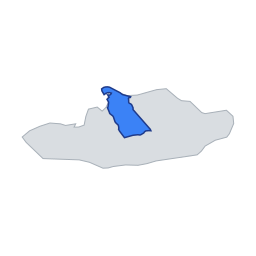 where Clarendon sits in Jamaica, rotated 163°
{"feature_id": "JAM-1370", "entity_name": "Clarendon", "entity_type": "Parish", "adm_level": 1, "iso_a3": "JAM", "parent_name": "Jamaica", "parent_adm1": "", "projection": "robinson", "projection_center": [-77.269, 17.954], "detail": "fine", "context": "in_parent", "style": "filled", "palette": "blue", "viewbox_px": 256, "rotation_deg": 163, "n_neighbors": 0, "source": "natural_earth", "source_scale": "10m", "svg_char_len": 1859}
<svg xmlns="http://www.w3.org/2000/svg" viewBox="0 0 256 256"><g transform="rotate(163 128 128)"><path d="M129.3,89.4L141.2,93.4L153.4,95.5L158.7,95.6L163.7,96.9L174.9,106.5L184.0,111.8L218.2,123.6L229.6,144.0L231.8,150.3L222.9,154.1L211.8,155.4L201.2,155.6L191.3,151.7L187.0,148.7L176.8,147.3L179.3,144.6L174.8,143.3L169.1,143.6L164.9,151.4L160.3,157.6L151.3,157.0L147.8,151.7L143.1,154.1L139.4,158.0L134.8,172.6L127.5,165.3L119.6,159.3L109.6,156.8L89.4,156.3L79.9,154.4L72.0,142.0L68.9,138.5L60.9,135.3L53.0,121.2L50.1,119.2L28.7,116.2L24.2,108.5L25.6,101.4L32.7,92.9L36.2,90.4L48.1,90.8L59.5,88.2L64.5,84.5L69.7,82.1L110.8,88.3L120.3,88.4L129.3,89.4Z" fill="#d9dde1" stroke="#a8b0b8" stroke-width="1"/><path d="M141.7,153.5L141.0,153.9L139.4,157.4L139.0,158.5L139.7,161.6L139.0,161.9L137.8,162.7L137.1,163.0L137.3,163.6L137.5,164.8L137.7,165.5L136.7,164.9L135.7,164.9L134.6,165.3L133.7,166.2L135.4,167.3L137.2,167.7L139.1,167.6L141.1,166.9L142.1,171.1L141.8,173.1L139.4,173.9L137.4,173.8L135.5,173.3L133.7,172.4L125.3,164.1L123.5,161.6L116.3,157.1L116.6,156.8L116.8,156.6L117.1,156.5L117.9,156.6L118.2,156.6L118.5,156.6L118.7,156.4L118.9,156.2L119.0,155.9L119.2,154.5L119.8,152.5L119.8,152.1L119.7,151.7L119.5,151.3L118.4,150.3L117.9,149.6L117.7,149.1L117.6,148.5L117.4,146.9L117.3,146.2L117.3,145.6L117.6,144.8L117.8,144.1L107.1,120.3L106.9,118.7L109.2,119.5L111.7,120.0L112.1,119.9L112.6,119.8L113.3,119.5L113.6,119.3L114.3,118.7L114.5,118.6L117.8,117.8L118.3,117.8L118.8,117.9L120.6,118.7L125.4,119.6L134.2,119.8L137.0,127.5L137.4,129.5L137.0,130.2L136.7,131.3L136.5,132.9L136.6,133.5L136.6,133.9L137.0,134.5L137.2,134.8L137.7,135.7L138.3,136.8L138.5,137.5L138.6,138.1L138.7,142.0L138.7,142.8L138.9,143.5L139.0,143.8L139.1,144.1L141.0,146.8L141.2,147.3L141.3,147.8L141.2,148.1L141.7,153.5Z" fill="#3b82f6" stroke="#1e3a8a" stroke-width="1.5"/></g></svg>